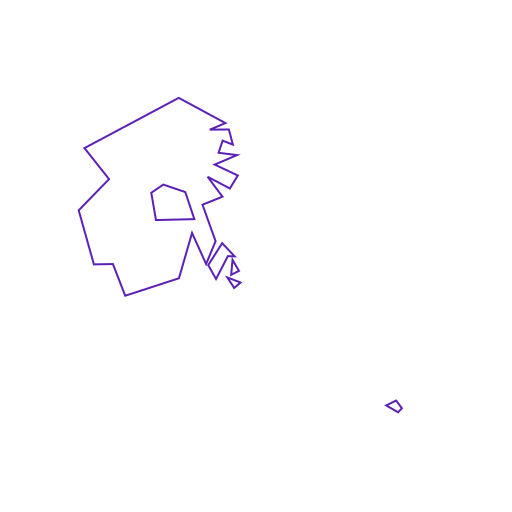 map outline of Gyeonggi (Robinson projection), rotated 210°
{"feature_id": "KOR-2498", "entity_name": "Gyeonggi", "entity_type": "Province", "adm_level": 1, "iso_a3": "KOR", "parent_name": "South Korea", "parent_adm1": "", "projection": "robinson", "projection_center": [126.66, 37.546], "detail": "coarse", "context": "isolated", "style": "outline", "palette": "violet", "viewbox_px": 512, "rotation_deg": 210, "n_neighbors": 0, "source": "natural_earth", "source_scale": "10m", "svg_char_len": 766}
<svg xmlns="http://www.w3.org/2000/svg" viewBox="0 0 512 512"><g transform="rotate(210 256 256)"><path d="M322.9,244.0L311.6,198.2L349.4,156.2L375.9,177.5L392.2,167.7L432.4,206.9L421.7,249.1L458.5,263.7L402.0,354.3L349.0,355.8L359.2,342.3L342.8,352.0L331.7,340.9L342.6,339.2L340.0,326.7L322.9,333.9L337.5,314.5L312.0,316.6L312.4,301.4L337.5,300.4L314.7,290.6L328.0,273.7L298.4,248.6L295.2,224.1L322.9,244.0ZM378.3,258.4L360.6,237.1L327.8,257.1L349.2,276.0L372.0,271.5L378.3,258.4ZM291.7,250.2L274.4,245.0L280.3,241.8L279.1,216.1L292.8,224.2L291.7,250.2ZM68.5,191.7L62.4,200.9L53.5,197.1L54.8,191.7L68.5,191.7ZM258.9,217.4L270.1,223.1L256.1,225.3L258.9,217.4ZM268.1,227.3L274.4,240.9L263.3,234.6L268.1,227.3Z" fill="none" stroke="#5b21b6" stroke-width="2"/></g></svg>